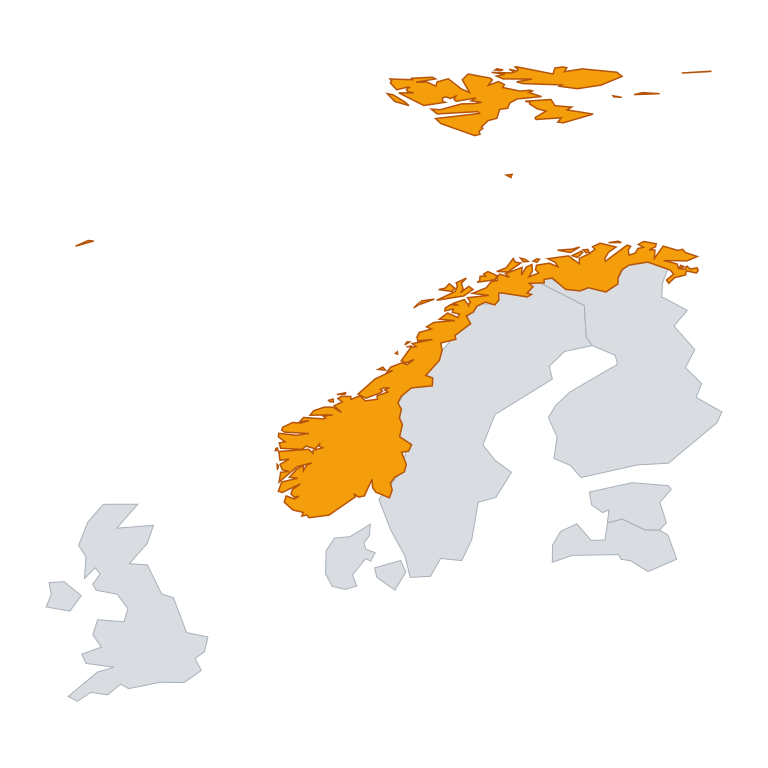 Norway highlighted among its neighbors
{"feature_id": "NOR", "entity_name": "Norway", "entity_type": "country or territory", "adm_level": 0, "iso_a3": "NOR", "parent_name": "Europe", "parent_adm1": "", "projection": "natural_earth1", "projection_center": [16.239, 69.249], "detail": "fine", "context": "with_neighbors", "style": "filled", "palette": "amber", "viewbox_px": 768, "rotation_deg": 0, "n_neighbors": 6, "source": "natural_earth", "source_scale": "50m", "svg_char_len": 8473}
<svg xmlns="http://www.w3.org/2000/svg" viewBox="0 0 768 768"><path d="M378.8,499.3L401.2,471.6L407.4,446.0L396.9,435.0L396.7,406.4L407.9,386.4L424.2,386.8L430.1,378.4L424.2,371.2L449.8,341.6L476.5,303.9L491.8,304.0L495.9,292.5L525.8,295.8L527.8,282.4L537.5,281.5L584.3,305.5L586.3,337.4L592.2,345.5L564.5,351.5L549.3,366.1L552.3,379.1L494.9,414.6L482.9,444.9L495.0,460.3L511.4,472.4L496.0,497.2L478.2,502.3L471.7,539.6L461.8,560.6L440.6,558.5L430.5,576.3L410.2,577.4L405.0,556.1L391.0,530.7L378.8,499.3Z" fill="#d9dde1" stroke="#a8b0b8" stroke-width="1"/><path d="M659.4,530.0L668.0,535.1L676.7,559.2L648.0,571.6L630.6,560.7L621.2,559.3L618.5,554.6L572.1,555.4L552.3,562.3L552.5,545.4L560.6,531.4L576.7,523.8L591.1,540.4L605.0,540.0L607.5,522.9L622.1,518.9L645.1,529.9L659.4,530.0Z" fill="#d9dde1" stroke="#a8b0b8" stroke-width="1"/><path d="M668.4,485.7L671.2,489.5L659.9,502.2L666.3,522.9L659.4,530.0L645.1,529.9L622.1,518.9L607.5,522.9L608.9,509.8L602.7,512.6L591.5,504.7L589.5,492.0L632.1,482.7L668.4,485.7Z" fill="#d9dde1" stroke="#a8b0b8" stroke-width="1"/><path d="M356.8,585.9L345.4,589.4L332.2,586.4L325.6,573.8L326.1,550.8L334.5,538.1L349.9,536.7L370.3,524.3L369.4,535.7L364.0,543.0L365.9,549.3L375.2,552.7L370.7,561.1L365.6,558.7L352.4,574.9L356.8,585.9ZM400.5,560.5L405.9,571.8L394.9,590.1L376.8,577.3L374.6,567.9L400.5,560.5Z" fill="#d9dde1" stroke="#a8b0b8" stroke-width="1"/><path d="M69.9,611.2L46.1,606.9L51.2,594.7L49.1,582.6L64.0,581.6L81.2,595.6L69.9,611.2ZM124.0,621.8L127.9,608.6L117.2,594.2L96.2,590.3L92.7,584.1L100.2,574.0L95.2,567.8L84.5,578.5L86.0,556.8L78.6,545.4L87.7,522.3L103.3,504.3L137.8,504.2L116.7,528.2L153.5,525.3L147.2,543.5L129.4,563.6L147.4,565.0L161.7,594.0L173.4,597.7L186.6,632.6L207.9,637.0L204.6,651.7L195.0,658.4L201.3,670.4L184.2,682.5L160.0,682.3L128.6,688.6L120.6,684.1L107.6,694.9L91.0,692.3L77.4,701.2L68.2,696.5L97.2,672.2L113.9,667.2L86.0,663.4L81.8,654.2L101.3,647.1L92.8,634.7L97.7,619.7L124.0,621.8Z" fill="#d9dde1" stroke="#a8b0b8" stroke-width="1"/><path d="M662.7,282.4L661.6,296.7L687.2,310.4L673.9,326.0L694.8,349.7L685.4,367.8L701.6,383.5L696.1,397.4L721.9,412.0L716.7,423.0L668.4,463.2L637.7,464.9L580.9,477.5L570.6,465.6L554.0,458.4L557.1,437.1L548.4,417.6L555.9,405.1L570.4,391.7L617.5,364.3L615.3,355.4L592.2,345.5L586.3,337.4L584.3,305.5L537.5,281.5L546.7,276.2L564.7,286.9L585.2,285.9L602.5,290.9L617.0,281.8L623.6,267.0L647.4,260.1L668.1,268.1L662.7,282.4Z" fill="#d9dde1" stroke="#a8b0b8" stroke-width="1"/><path d="M544.2,282.9L529.2,283.3L533.0,286.8L527.1,293.1L531.5,294.4L527.3,296.9L500.8,292.8L498.6,293.3L498.9,300.1L494.8,304.9L485.4,302.1L476.8,306.3L473.4,312.0L466.3,316.0L470.7,323.7L454.9,335.5L455.9,339.3L440.7,343.0L442.1,350.0L439.4,360.3L425.7,375.5L432.7,378.0L432.3,385.8L411.4,387.9L401.0,396.5L397.9,403.0L401.4,409.2L399.4,417.9L402.4,424.5L399.6,436.7L411.6,444.7L408.6,451.1L401.6,452.3L406.3,464.3L404.4,471.8L394.8,477.2L390.4,483.1L392.2,489.8L389.4,497.8L375.7,492.1L372.6,487.6L372.0,479.3L364.4,495.9L358.6,497.1L353.8,493.7L355.4,496.8L329.0,515.1L308.9,517.7L306.8,514.9L301.8,516.1L303.2,512.4L292.9,510.0L284.2,502.2L286.2,495.9L294.3,499.0L299.0,496.1L294.4,497.2L291.0,494.0L292.4,489.6L300.4,483.8L282.1,492.5L278.3,491.2L281.8,482.0L297.6,478.2L289.4,477.2L296.8,469.1L303.4,465.3L303.3,470.8L306.9,465.0L311.7,463.0L297.2,466.6L279.1,482.1L280.7,472.3L289.0,471.5L282.3,469.7L280.1,464.4L289.1,459.1L280.0,460.3L278.8,451.5L308.7,449.3L312.9,453.4L313.1,450.4L322.7,447.8L318.5,445.8L320.3,442.9L315.4,448.8L305.9,446.1L302.1,449.4L280.7,448.3L279.3,442.9L285.0,441.8L278.4,436.9L278.7,433.3L296.8,435.3L308.9,433.5L284.4,432.1L281.7,430.1L282.7,427.2L292.6,422.5L300.8,423.1L309.0,420.6L299.6,421.9L303.5,417.5L323.7,418.9L325.7,418.1L323.3,416.2L332.6,414.9L310.0,415.2L313.7,410.7L324.4,407.1L333.1,407.2L341.5,412.5L334.2,405.7L342.3,401.9L337.9,398.5L341.5,396.3L350.8,396.5L351.0,399.4L360.1,395.8L365.2,400.8L377.5,399.3L377.1,395.8L387.8,392.0L384.7,390.0L389.4,387.8L383.1,388.1L380.4,389.5L382.5,391.1L380.6,392.7L365.9,398.2L358.0,394.1L375.0,379.0L392.8,370.6L387.2,371.9L390.5,367.2L401.6,362.9L407.2,364.6L414.0,359.5L405.8,362.8L401.2,360.8L410.6,347.7L416.2,346.6L412.2,343.6L432.5,339.5L417.7,340.9L417.0,336.7L419.4,332.3L431.4,329.1L426.5,326.8L433.9,322.4L454.9,320.6L439.3,319.2L447.7,313.0L457.8,317.6L459.4,314.1L452.3,312.4L453.2,309.0L444.8,310.9L445.2,308.1L450.5,304.7L458.3,305.3L453.1,303.4L464.4,299.5L469.3,306.6L468.4,304.2L470.5,302.3L467.5,297.7L488.9,295.4L472.5,293.3L486.3,287.8L491.2,281.7L497.4,280.5L497.0,277.1L499.8,274.1L509.3,277.3L505.4,273.7L522.1,267.4L521.5,275.1L526.3,267.0L531.9,264.5L532.4,271.2L528.9,276.8L538.7,273.1L535.4,269.6L536.6,265.2L549.2,263.2L557.8,266.8L555.0,262.1L547.9,258.7L568.4,255.9L579.3,263.8L579.4,258.4L589.4,253.7L595.1,249.3L592.5,246.8L600.0,243.2L616.0,247.0L608.5,252.3L604.6,259.0L605.5,261.2L627.1,245.1L630.7,246.3L628.3,250.0L629.1,255.2L635.2,253.1L637.9,248.5L643.4,247.3L638.3,244.4L643.7,241.5L656.2,243.8L655.5,246.8L649.1,249.8L654.9,250.0L654.4,258.4L663.2,246.1L677.7,250.4L682.7,249.3L685.3,252.5L697.3,256.5L686.9,260.9L663.7,260.5L676.9,263.9L678.8,268.6L685.0,269.1L687.0,266.2L690.3,269.0L697.1,267.8L698.2,270.5L696.4,273.0L686.3,270.9L685.6,274.9L674.8,277.6L668.7,283.3L666.5,280.1L673.6,274.1L670.3,270.1L647.8,262.1L628.9,265.1L622.1,269.7L617.9,278.0L618.0,283.9L605.8,292.0L588.4,287.7L580.1,290.9L565.6,289.4L552.3,278.1L544.0,279.4L544.2,282.9ZM468.2,74.0L490.5,78.2L492.3,79.9L488.3,85.3L498.5,81.6L504.5,84.6L502.6,87.5L520.0,91.1L530.1,90.2L532.4,91.0L528.7,92.4L541.5,96.6L517.2,98.9L509.8,103.0L507.7,108.3L499.7,109.3L496.9,118.3L488.1,120.6L481.4,127.0L482.8,128.4L478.9,131.3L480.1,134.2L474.8,135.6L440.9,123.6L435.6,118.6L479.5,113.4L477.8,111.6L437.1,113.9L431.3,109.2L440.3,109.7L461.6,103.9L475.8,103.5L481.5,102.3L471.1,100.8L475.9,97.9L456.3,101.3L454.0,99.3L455.9,96.1L450.6,98.5L446.0,96.9L442.8,97.7L442.3,101.0L445.2,102.3L423.8,105.5L398.8,92.9L413.6,92.9L407.6,91.6L406.4,89.4L409.2,87.4L407.8,87.0L396.7,89.8L390.4,83.0L391.6,81.0L389.9,79.0L412.4,79.7L411.5,78.3L432.3,77.2L435.5,78.9L416.1,82.2L427.1,82.1L435.8,86.1L437.1,81.9L448.3,78.8L461.4,89.0L469.6,92.5L462.3,79.8L468.2,74.0ZM516.8,66.8L553.0,74.0L554.8,68.1L562.5,66.9L566.8,67.7L564.3,71.7L582.1,68.9L616.8,72.2L622.1,76.4L601.1,85.1L577.4,88.7L559.5,86.3L561.8,84.9L523.0,83.6L516.6,81.8L532.1,79.1L503.1,78.9L496.4,76.1L504.8,74.2L491.6,72.4L511.6,72.9L514.3,72.1L509.2,69.3L517.2,71.0L518.0,69.4L515.2,67.1L516.8,66.8ZM525.1,101.2L551.0,99.5L555.0,105.7L571.7,107.1L567.0,109.9L593.1,114.1L563.3,122.8L557.8,122.1L561.3,117.8L536.0,119.5L535.1,117.6L546.0,111.1L537.0,108.7L529.6,103.9L529.9,102.3L525.1,101.2ZM460.5,292.7L468.7,286.4L473.0,289.5L463.9,295.9L436.6,300.3L455.0,291.6L457.4,286.3L456.2,282.8L466.4,278.1L461.4,283.2L463.2,289.2L460.5,292.7ZM487.9,271.6L497.0,275.7L495.0,279.7L477.1,282.3L479.6,280.9L480.1,276.3L485.7,276.0L483.7,274.0L487.9,271.6ZM515.2,262.1L520.7,263.0L508.0,271.9L496.7,271.5L506.2,267.8L513.2,258.5L515.2,262.1ZM392.9,94.7L404.9,102.0L409.0,105.6L394.9,101.5L387.3,93.7L392.9,94.7ZM449.2,283.7L454.8,288.1L452.0,291.5L438.6,289.6L445.4,288.0L449.2,283.7ZM579.7,247.0L570.5,252.5L557.5,250.2L572.4,249.1L579.7,247.0ZM582.7,252.4L577.6,257.4L572.1,255.7L581.6,251.0L582.7,252.4ZM421.4,300.9L434.4,299.1L420.2,304.3L421.4,300.9ZM93.7,241.0L75.5,246.2L88.2,240.5L93.7,241.0ZM710.5,71.5L681.7,73.0L711.4,71.2L710.5,71.5ZM642.6,92.6L659.6,93.7L634.0,94.6L642.6,92.6ZM608.5,242.7L618.1,241.2L621.4,242.5L608.5,242.7ZM589.0,252.0L586.0,252.8L583.3,249.8L587.9,249.4L589.0,252.0ZM539.5,259.3L536.8,262.3L533.1,261.0L536.9,258.8L539.5,259.3ZM512.1,174.4L510.9,177.6L506.3,175.1L512.1,174.4ZM621.7,97.3L613.8,96.9L613.0,95.8L621.7,97.3ZM382.9,367.1L385.4,370.1L378.2,369.4L382.9,367.1ZM520.5,258.1L525.3,259.4L528.2,261.4L523.4,261.9L520.5,258.1ZM503.1,69.8L500.1,70.7L495.0,70.0L496.8,68.8L503.1,69.8ZM345.1,394.2L336.9,394.5L345.6,392.7L345.1,394.2ZM333.4,402.0L329.9,401.7L328.6,400.3L333.1,399.1L333.4,402.0ZM418.1,305.1L413.7,307.9L418.6,303.2L418.1,305.1ZM278.5,465.7L277.4,469.8L277.1,464.4L278.5,465.7ZM409.6,342.0L404.8,344.9L407.0,341.8L409.6,342.0ZM684.2,266.7L679.9,268.1L679.5,267.6L680.7,265.3L684.2,266.7ZM411.1,346.4L406.4,346.9L412.1,345.9L411.1,346.4ZM397.3,351.8L397.6,354.1L395.4,353.4L397.3,351.8ZM278.0,450.5L275.3,450.6L275.9,448.5L277.5,448.0L278.0,450.5Z" fill="#f59e0b" stroke="#b45309" stroke-width="1.5"/></svg>